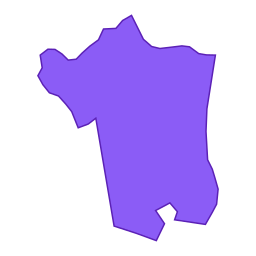 the district of Lindolfo Collor, Rio Grande do Sul, Brazil
{"feature_id": "56859067B65739017746258", "entity_name": "Lindolfo Collor", "entity_type": "district", "adm_level": 2, "iso_a3": "BRA", "parent_name": "Brazil", "parent_adm1": "Rio Grande do Sul", "projection": "natural_earth1", "projection_center": [-51.223, -29.584], "detail": "fine", "context": "isolated", "style": "filled", "palette": "violet", "viewbox_px": 256, "rotation_deg": 0, "n_neighbors": 0, "source": "geoboundaries", "source_scale": "gbopen_adm2", "svg_char_len": 686}
<svg xmlns="http://www.w3.org/2000/svg" viewBox="0 0 256 256"><path d="M205.4,224.4L212.3,212.3L216.6,204.2L218.1,189.1L215.0,178.2L212.3,169.2L207.6,159.8L206.0,131.5L206.9,108.9L215.4,55.1L206.4,54.9L198.7,53.6L189.5,46.8L181.9,45.9L169.5,47.4L159.9,48.5L151.6,46.5L143.4,39.3L131.5,15.4L122.6,20.5L115.9,28.4L103.5,29.0L98.5,39.8L89.9,46.1L82.1,53.1L76.2,59.2L68.2,60.1L62.0,54.0L55.0,49.4L47.9,49.2L40.2,55.1L42.2,67.8L37.9,75.7L42.9,84.7L49.4,92.8L58.5,96.0L65.8,104.1L71.7,111.6L78.2,127.8L88.3,124.0L95.8,118.2L114.1,226.1L135.7,233.1L156.3,240.6L164.5,223.7L155.6,210.5L169.9,202.9L177.4,211.7L174.6,219.8L205.4,224.4Z" fill="#8b5cf6" stroke="#5b21b6" stroke-width="1.5"/></svg>